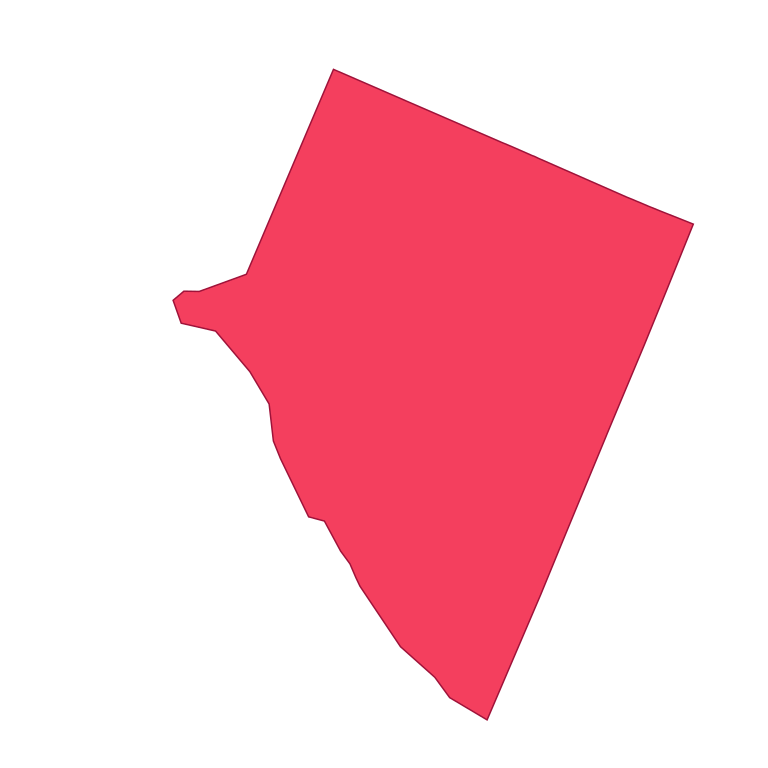 outline of Limestone, Alabama, United States of America, rotated 22°
{"feature_id": "52423323B63204194774288", "entity_name": "Limestone", "entity_type": "district", "adm_level": 2, "iso_a3": "USA", "parent_name": "United States of America", "parent_adm1": "Alabama", "projection": "equal_earth", "projection_center": [-86.962, 34.775], "detail": "fine", "context": "isolated", "style": "filled", "palette": "rose", "viewbox_px": 768, "rotation_deg": 22, "n_neighbors": 0, "source": "geoboundaries", "source_scale": "gbopen_adm2", "svg_char_len": 698}
<svg xmlns="http://www.w3.org/2000/svg" viewBox="0 0 768 768"><g transform="rotate(22 384 384)"><path d="M605.4,656.8L608.2,520.5L608.6,452.9L608.7,439.7L609.5,350.6L609.5,346.2L609.9,312.9L610.7,250.3L610.9,191.0L610.9,119.9L577.0,120.1L562.6,120.1L553.3,119.9L550.3,119.9L545.5,119.8L538.9,119.8L442.7,116.9L439.8,116.7L437.7,116.6L436.0,116.7L412.6,116.0L402.3,115.9L300.1,113.3L219.3,111.2L215.3,333.8L178.0,367.4L163.7,372.9L157.1,385.4L173.2,403.6L208.0,398.0L255.0,422.8L285.0,445.6L302.8,478.3L316.0,492.0L363.9,535.4L380.1,533.4L406.4,555.2L419.8,563.5L430.6,574.2L437.5,580.5L497.7,621.4L541.0,636.9L562.4,650.2L605.4,656.8Z" fill="#f43f5e" stroke="#9f1239" stroke-width="1.5"/></g></svg>